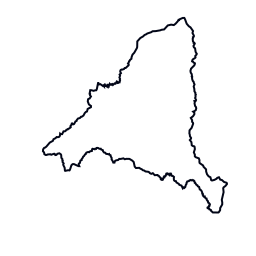 Mae Ai, Chiang Mai, Thailand, rotated 80°
{"feature_id": "78962969B45040254304156", "entity_name": "Mae Ai", "entity_type": "district", "adm_level": 2, "iso_a3": "THA", "parent_name": "Thailand", "parent_adm1": "Chiang Mai", "projection": "orthographic", "projection_center": [99.393, 19.961], "detail": "fine", "context": "isolated", "style": "outline", "palette": "ink", "viewbox_px": 256, "rotation_deg": 80, "n_neighbors": 0, "source": "geoboundaries", "source_scale": "gbopen_adm2", "svg_char_len": 5768}
<svg xmlns="http://www.w3.org/2000/svg" viewBox="0 0 256 256"><g transform="rotate(80 128 128)"><path d="M133.0,214.0L134.3,215.3L136.1,215.8L137.5,214.9L139.3,214.9L140.3,213.7L140.4,212.6L140.1,211.8L140.4,208.9L141.0,208.3L140.5,205.2L140.9,204.6L142.0,204.3L142.1,203.7L142.0,203.1L141.1,202.0L141.0,200.0L142.3,198.7L143.1,198.5L145.8,198.8L147.3,198.0L148.2,198.3L148.9,197.9L150.0,198.4L151.7,197.5L152.5,198.1L153.4,198.1L156.1,197.3L158.8,197.5L159.3,197.3L159.2,194.2L159.6,193.0L159.0,192.4L154.9,190.2L154.0,188.9L154.1,187.6L156.9,183.5L157.1,182.6L155.8,182.9L154.7,182.7L154.4,182.4L154.0,181.4L151.9,180.6L151.5,179.2L150.8,179.2L149.5,177.8L148.4,177.1L147.9,176.1L146.6,175.0L146.3,174.1L145.8,174.0L145.0,173.2L144.7,171.4L145.1,170.5L144.3,169.2L144.4,167.6L142.6,167.0L142.3,166.5L143.2,164.4L142.7,163.9L143.0,163.0L142.2,162.4L142.2,161.8L142.5,160.9L143.5,159.8L143.7,158.4L144.5,158.2L145.5,156.6L146.6,156.6L148.0,155.8L148.4,154.7L149.7,154.0L150.1,152.5L150.6,151.7L150.4,151.1L151.0,151.0L151.8,149.9L153.1,149.9L154.5,149.3L156.2,149.6L157.3,149.0L159.5,148.5L159.7,147.3L158.7,146.9L158.1,146.3L157.8,145.3L157.8,143.3L156.9,142.0L157.2,140.7L157.1,137.8L158.2,136.6L158.1,134.8L158.7,131.9L160.8,129.5L162.5,128.3L167.2,128.1L168.8,127.1L169.2,123.8L170.2,122.9L171.0,121.6L172.1,120.8L172.7,119.4L173.8,118.4L174.7,115.5L175.5,114.6L176.2,114.4L177.0,113.3L177.2,112.8L176.8,111.4L179.1,109.9L179.4,107.2L180.0,106.9L180.1,106.4L180.8,105.8L181.4,105.6L182.9,104.4L183.9,104.7L184.5,104.4L185.1,103.5L185.0,102.7L184.7,102.5L184.1,102.9L183.9,102.2L182.6,101.4L182.7,101.0L182.3,100.8L182.7,100.5L181.9,100.0L181.8,99.4L181.3,99.3L180.9,98.7L180.3,98.5L180.6,98.0L180.4,97.5L179.5,97.6L179.5,97.1L179.9,96.5L181.5,95.5L180.2,94.6L180.3,93.7L181.3,93.4L182.0,93.8L182.5,93.6L183.2,92.0L184.2,91.2L185.3,91.6L187.2,91.8L187.9,91.5L188.3,91.1L188.7,90.0L190.0,89.8L191.8,87.7L192.9,87.3L194.0,85.3L197.0,84.5L196.7,84.1L196.4,84.2L195.9,83.9L196.1,83.1L196.7,82.8L196.0,81.8L194.3,81.1L193.1,80.0L192.4,80.0L190.9,78.9L190.9,77.5L190.5,77.0L190.6,76.6L190.0,75.7L190.6,74.6L190.3,73.9L190.8,73.5L190.8,72.6L191.8,71.9L192.2,72.1L193.1,71.6L193.6,71.7L193.7,71.3L195.7,70.6L196.5,69.6L197.5,69.4L198.4,68.2L201.0,68.0L201.4,67.3L202.5,66.6L204.4,66.1L205.5,66.3L206.0,65.7L206.9,66.0L207.3,65.6L208.1,65.7L208.9,65.1L208.8,64.3L210.0,64.2L210.8,63.4L211.3,63.2L211.3,62.9L212.4,62.9L213.7,62.3L213.9,62.0L215.4,62.0L215.7,61.5L216.8,60.8L217.4,61.0L217.6,60.7L218.7,61.2L218.8,61.7L219.3,61.7L220.1,63.5L220.8,63.5L221.3,62.2L222.0,62.1L222.0,61.8L222.8,61.3L223.2,60.6L223.8,60.7L225.9,59.1L226.7,54.9L226.9,53.6L226.7,53.2L225.0,51.6L222.8,51.1L219.7,48.5L217.7,48.1L215.0,48.1L207.8,45.0L203.8,44.7L203.0,44.1L202.0,42.1L200.4,40.3L199.6,40.2L199.0,40.5L197.9,42.7L195.5,44.6L194.9,46.1L192.3,47.0L192.6,48.8L193.3,49.5L194.1,51.9L194.3,54.4L193.8,55.1L190.8,55.4L189.6,57.0L187.3,58.2L184.4,58.6L182.3,58.3L179.2,60.4L178.0,60.5L175.0,63.5L173.8,63.6L172.1,63.2L170.2,63.5L168.5,66.4L167.5,67.1L165.9,66.8L163.4,67.4L160.4,65.8L158.1,65.7L157.6,65.9L157.0,67.3L156.1,68.2L152.9,68.0L150.6,69.2L149.5,67.9L148.8,67.6L146.9,68.4L145.1,68.3L144.1,68.5L141.0,67.8L138.9,65.3L135.1,63.1L134.2,63.1L133.0,63.8L131.4,63.5L129.0,64.4L127.7,61.9L126.0,60.3L124.6,60.0L123.2,61.0L122.9,59.5L122.1,58.1L120.5,57.4L119.3,57.4L117.9,58.1L115.3,58.2L114.1,57.7L113.0,57.9L113.1,56.7L112.2,56.1L110.1,56.7L109.2,56.1L107.6,55.9L106.9,55.4L106.1,55.8L105.1,55.5L103.5,56.2L101.0,55.9L98.5,56.1L96.6,54.9L95.2,55.3L93.7,55.4L93.0,56.0L91.0,56.3L89.5,56.2L88.9,55.9L88.4,56.3L88.0,56.0L85.9,55.9L84.4,56.6L82.6,56.6L80.5,55.6L77.8,51.8L76.3,50.9L75.8,50.9L75.0,52.0L74.1,52.4L73.5,53.3L72.3,52.8L71.5,51.9L70.9,50.2L70.3,49.3L68.8,49.3L67.5,47.7L66.7,47.4L65.6,48.0L64.5,48.2L61.2,48.1L60.0,49.1L58.6,49.3L56.5,47.6L55.8,47.8L55.6,48.6L54.8,48.5L53.9,49.0L51.3,48.8L50.6,48.3L49.8,48.3L49.4,47.3L48.5,47.1L45.6,48.0L43.8,47.1L39.7,49.0L38.4,50.4L35.5,52.1L31.1,52.9L29.4,53.4L29.1,54.9L29.9,58.3L30.6,58.8L30.3,59.5L31.5,60.4L33.6,63.1L34.6,65.0L33.7,67.6L33.9,71.0L37.2,75.3L37.1,77.9L37.4,79.3L37.4,83.9L37.0,87.0L37.7,88.6L38.3,92.7L38.8,93.6L39.3,95.6L40.4,97.2L41.5,100.2L44.3,103.8L49.9,104.9L50.9,105.4L55.0,108.8L56.5,110.8L58.9,112.2L60.4,112.6L61.3,114.2L62.1,114.7L62.5,115.4L64.0,116.1L64.4,116.8L65.7,116.3L66.3,116.5L68.5,119.9L68.4,120.9L69.2,121.7L69.5,123.4L69.3,124.1L69.6,125.1L70.0,125.5L71.2,125.9L72.8,125.4L73.9,127.0L75.1,126.7L76.8,127.7L78.1,127.3L79.2,127.8L79.6,127.5L81.6,128.4L81.4,129.3L81.9,129.8L81.9,130.2L80.7,130.3L80.2,131.0L81.9,132.2L81.7,132.9L82.2,133.1L82.0,133.9L83.0,135.4L81.9,135.9L82.0,136.5L82.6,136.6L82.5,137.4L81.6,138.1L82.1,138.2L82.0,139.3L82.4,139.0L82.8,139.7L83.1,139.5L83.9,139.8L83.6,140.4L84.2,140.7L83.8,141.0L83.2,140.7L82.5,141.1L82.9,141.6L82.4,141.7L82.0,142.6L82.8,142.4L82.8,142.9L82.4,143.2L81.1,143.4L81.3,143.8L81.7,143.6L82.2,144.0L82.0,144.6L82.6,144.6L82.3,144.8L82.3,145.2L81.9,145.2L81.6,146.1L80.0,147.6L80.1,149.1L77.8,149.4L84.2,151.9L85.3,152.7L85.2,153.8L85.4,155.5L84.5,157.3L84.2,158.6L87.6,159.9L87.9,159.4L89.2,159.7L90.5,159.0L92.3,160.7L92.5,162.0L92.9,162.4L94.9,163.0L98.0,162.4L99.9,160.6L101.1,160.9L102.2,164.4L104.6,165.5L104.8,166.6L105.8,168.0L108.0,169.7L108.9,171.7L108.8,172.4L109.8,173.6L110.0,175.6L111.3,177.1L112.1,177.4L112.4,178.6L114.6,180.3L114.9,181.0L114.8,181.6L113.8,182.1L113.8,182.6L114.8,183.0L116.2,184.4L117.2,184.2L117.6,184.7L118.5,186.7L118.5,187.3L119.0,187.7L119.0,188.9L119.9,189.8L120.3,190.7L120.1,192.1L122.6,193.9L122.3,195.4L121.8,195.8L123.8,196.4L124.7,197.2L124.9,198.6L124.5,199.8L125.5,201.3L126.1,203.3L127.6,204.2L128.8,207.6L132.2,211.7L132.9,213.1L133.0,214.0Z" fill="none" stroke="#020617" stroke-width="2"/></g></svg>